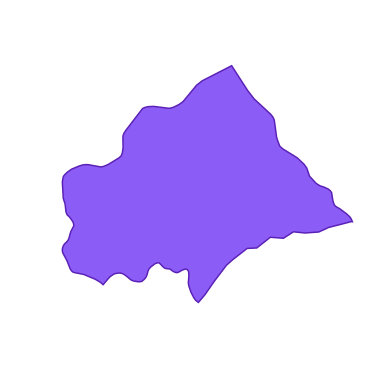 an SVG outline of Canelones, rotated 341°
{"feature_id": "URY-17", "entity_name": "Canelones", "entity_type": "Department", "adm_level": 1, "iso_a3": "URY", "parent_name": "Uruguay", "parent_adm1": "", "projection": "mercator", "projection_center": [-56.01, -34.547], "detail": "fine", "context": "isolated", "style": "filled", "palette": "violet", "viewbox_px": 384, "rotation_deg": 341, "n_neighbors": 0, "source": "natural_earth", "source_scale": "10m", "svg_char_len": 2040}
<svg xmlns="http://www.w3.org/2000/svg" viewBox="0 0 384 384"><g transform="rotate(341 192 192)"><path d="M334.0,272.3L333.2,271.9L326.7,271.4L309.6,270.0L298.9,271.1L285.6,267.6L275.0,262.7L263.4,265.5L251.3,260.3L235.0,266.0L225.8,263.3L208.6,269.2L200.7,272.5L183.8,283.8L171.0,293.2L162.1,298.5L160.2,295.6L159.3,292.5L158.4,286.6L158.4,280.5L158.6,278.5L158.9,276.8L161.7,270.3L162.7,266.9L162.8,265.0L162.0,263.5L160.4,262.6L157.0,262.7L154.8,263.2L152.6,263.5L150.8,263.1L148.6,261.3L147.5,259.8L146.7,258.5L146.2,257.8L145.0,257.1L143.6,256.5L142.2,255.7L141.0,254.7L139.5,251.8L138.9,250.4L137.8,248.2L136.4,247.8L134.0,247.7L128.8,249.4L126.3,250.8L124.7,252.4L122.9,255.1L121.9,256.4L120.8,257.5L119.6,258.4L118.2,259.1L115.5,260.2L114.1,260.0L111.9,259.4L108.2,257.4L106.6,256.2L105.5,255.0L102.4,249.8L101.5,248.6L99.5,246.3L98.0,245.4L96.1,244.7L93.3,244.2L91.1,244.2L86.4,245.6L77.8,250.7L76.0,247.6L72.0,242.9L62.8,234.7L54.4,229.8L53.2,228.8L52.3,227.1L51.8,224.9L51.4,216.2L50.0,207.5L50.3,205.3L51.1,203.2L53.0,200.8L54.6,199.6L57.7,198.1L59.0,197.3L60.1,196.2L61.1,195.0L62.8,192.3L64.7,189.8L69.1,185.6L69.7,183.6L69.6,181.1L68.4,176.9L67.5,174.7L66.6,173.2L66.4,171.8L66.4,169.5L68.1,162.0L68.2,156.1L72.7,140.2L75.4,135.4L78.0,133.8L81.3,132.4L85.7,131.2L93.4,130.7L97.2,130.8L99.8,131.3L102.7,132.3L114.1,138.7L117.1,139.0L121.5,138.7L134.3,135.9L137.0,134.6L138.9,132.2L141.2,127.8L144.5,117.7L145.2,116.2L146.8,114.3L149.3,112.3L172.4,97.0L174.9,96.7L178.3,97.0L183.7,98.6L197.3,105.3L199.5,105.7L202.5,105.8L208.3,105.0L211.3,104.2L213.5,103.3L231.1,92.5L238.2,90.1L270.6,85.5L277.6,113.9L281.0,124.1L291.8,144.3L292.8,147.2L293.2,149.9L293.0,151.9L289.9,167.4L289.7,170.2L289.9,177.1L290.5,178.4L291.9,180.8L302.6,193.9L306.9,202.1L308.3,206.6L308.3,215.4L312.2,224.3L314.9,227.7L318.7,230.6L321.9,233.7L323.2,235.9L323.8,238.1L322.4,245.9L322.3,248.0L322.4,250.7L323.2,252.3L324.2,253.7L326.1,255.7L331.2,263.2L333.4,267.5L333.8,269.9L334.0,272.3Z" fill="#8b5cf6" stroke="#5b21b6" stroke-width="1.5"/></g></svg>